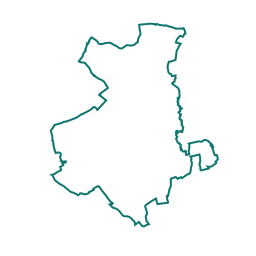 outline of Ciortesti, Iasi, Romania, rotated 170°
{"feature_id": "2599482B12442358854249", "entity_name": "Ciortesti", "entity_type": "district", "adm_level": 2, "iso_a3": "ROU", "parent_name": "Romania", "parent_adm1": "Iasi", "projection": "natural_earth1", "projection_center": [27.848, 46.913], "detail": "fine", "context": "isolated", "style": "outline", "palette": "teal", "viewbox_px": 256, "rotation_deg": 170, "n_neighbors": 0, "source": "geoboundaries", "source_scale": "gbopen_adm2", "svg_char_len": 5680}
<svg xmlns="http://www.w3.org/2000/svg" viewBox="0 0 256 256"><g transform="rotate(170 128 128)"><path d="M153.7,218.3L153.7,217.7L155.5,214.0L156.0,213.1L156.5,212.7L156.4,212.3L156.5,212.1L156.2,211.6L157.1,210.5L157.7,210.4L158.6,209.7L158.9,209.0L159.7,208.1L159.8,207.3L160.5,206.1L164.8,202.3L164.5,201.6L163.9,201.5L163.1,200.9L159.3,199.8L158.3,198.3L157.3,196.2L155.9,194.4L155.7,194.1L155.7,193.1L155.1,192.0L154.5,188.9L154.0,188.0L153.0,186.7L152.8,185.9L152.4,185.9L152.4,185.5L152.0,185.6L151.8,185.3L151.5,185.0L151.5,184.6L151.0,184.3L150.4,183.5L149.6,183.0L148.4,181.7L145.4,179.7L143.6,177.8L142.8,175.8L142.3,175.0L142.1,173.7L141.2,172.3L140.9,170.9L150.2,166.2L149.4,165.2L149.5,165.0L150.0,164.9L144.7,159.0L155.0,151.2L155.7,152.7L156.7,154.0L158.1,154.7L159.8,153.5L163.7,151.7L169.7,149.9L170.4,149.5L170.8,149.7L172.0,149.4L173.1,148.8L176.8,147.2L185.7,145.4L187.7,145.1L189.7,145.3L192.5,144.5L199.9,143.7L200.2,143.1L201.9,141.5L202.1,141.0L204.3,139.1L204.4,138.7L204.4,136.8L203.9,133.6L204.4,130.0L204.3,129.9L204.3,128.8L204.5,128.7L204.3,128.5L204.1,126.3L204.2,126.0L204.1,125.4L204.4,124.9L204.2,124.6L204.4,122.1L204.1,121.2L204.0,119.4L204.2,119.2L204.0,118.9L204.2,118.4L203.8,117.7L203.5,115.9L200.9,116.1L198.8,114.9L198.8,113.2L199.5,111.9L200.0,111.4L199.5,107.5L199.6,107.4L199.2,107.3L198.7,106.8L198.5,106.2L198.7,105.9L196.9,106.1L195.3,106.0L195.0,105.9L195.3,105.0L195.6,104.8L196.1,104.7L196.6,105.1L198.5,104.6L198.6,104.3L198.3,103.6L198.2,102.7L201.6,101.4L201.1,98.8L201.3,98.1L203.2,97.6L208.3,95.6L211.1,95.1L210.4,94.7L210.0,92.4L209.1,89.5L208.7,88.8L207.0,87.1L205.8,85.5L201.4,81.9L196.3,75.8L195.1,74.8L192.2,73.3L191.5,72.6L190.1,71.8L189.3,70.7L188.9,70.5L187.3,71.0L186.8,71.7L186.3,72.0L184.4,71.4L182.8,70.3L179.8,70.2L178.8,70.4L177.3,71.2L177.5,71.6L172.5,73.1L172.9,73.9L171.3,74.8L167.8,76.0L167.1,75.5L166.7,75.4L166.0,74.3L164.9,71.5L161.8,66.0L161.1,65.0L160.8,63.8L159.1,60.5L157.0,57.0L156.5,57.1L156.1,56.3L156.6,56.0L159.3,55.9L157.3,52.9L156.8,52.6L156.2,51.7L154.5,51.1L152.9,50.0L150.8,47.4L148.9,43.6L147.4,41.9L143.4,40.9L142.4,40.3L141.4,39.5L140.4,38.3L139.4,36.7L138.0,34.8L137.8,34.0L137.6,32.6L137.8,31.5L133.5,33.6L131.5,29.6L130.2,28.6L129.3,28.3L126.4,29.3L124.1,29.6L126.0,33.5L125.9,37.6L125.6,38.4L124.0,40.5L123.9,41.1L124.7,47.4L124.5,48.5L122.8,49.5L119.1,51.2L112.7,53.7L112.4,49.8L112.1,47.9L107.5,47.8L101.7,47.4L101.5,47.7L101.6,49.9L101.8,50.9L101.5,53.3L101.6,54.3L101.3,54.4L100.4,54.1L97.3,61.5L96.4,62.4L95.8,63.5L94.7,70.6L89.5,71.5L88.0,69.4L86.8,69.9L86.7,69.6L84.4,70.4L83.7,69.2L77.7,71.9L74.7,72.6L73.5,75.8L72.9,77.9L71.9,79.8L71.7,80.9L71.1,82.1L71.5,85.5L70.9,86.7L70.8,87.2L71.5,88.9L62.3,89.5L62.1,86.8L62.5,83.7L62.6,82.9L63.1,82.1L63.3,80.7L64.0,80.1L64.0,79.7L63.9,78.7L63.7,78.2L63.6,76.4L63.9,74.6L63.7,73.8L62.8,73.6L55.5,74.1L55.6,75.2L56.1,76.0L54.9,75.6L52.2,75.7L47.9,77.8L47.1,78.4L47.7,79.5L45.0,81.5L44.9,84.2L45.2,85.1L45.1,85.7L45.9,86.2L47.2,86.1L47.3,86.3L47.8,89.3L48.1,92.9L48.5,93.6L47.3,94.6L47.9,95.8L48.2,95.9L48.9,95.4L49.5,96.1L49.6,96.4L48.9,96.4L48.6,96.6L48.8,97.0L48.2,97.3L49.9,99.3L50.3,99.6L51.2,101.3L54.3,103.0L55.9,102.7L57.4,101.7L58.0,101.7L60.5,102.6L70.8,102.1L70.3,101.0L70.9,99.5L70.9,98.4L71.2,97.4L72.1,95.2L72.3,92.9L72.2,91.4L75.5,91.5L75.3,92.5L75.6,93.6L75.2,94.2L74.9,94.4L75.1,95.1L76.3,95.5L77.3,95.2L78.0,95.3L78.8,96.5L79.8,97.1L79.8,97.5L79.1,97.8L78.8,98.3L79.6,99.0L80.0,99.6L79.9,100.0L79.2,100.7L78.8,101.8L79.5,102.5L79.4,103.2L79.6,103.5L80.3,104.2L80.9,104.1L81.3,104.8L81.8,105.7L81.9,107.1L82.4,108.1L82.5,108.7L82.4,109.3L81.5,109.9L81.0,111.0L82.0,112.4L81.0,113.8L81.6,114.5L81.7,115.0L80.8,116.7L80.3,116.8L79.6,116.0L79.6,115.8L79.9,115.3L79.7,114.8L79.3,114.8L77.7,115.8L77.0,116.0L76.5,115.7L76.1,114.8L75.3,114.6L75.1,115.4L74.2,116.9L74.3,117.3L73.7,118.8L73.4,119.2L73.9,119.8L74.2,121.2L74.7,121.8L73.9,122.6L74.5,124.3L74.4,124.7L73.6,125.1L73.5,125.5L74.0,126.8L74.5,127.1L74.9,127.0L75.5,127.6L75.7,128.7L75.3,128.9L74.7,130.1L74.8,130.9L73.8,131.4L73.5,131.7L73.7,132.4L74.3,132.9L75.1,134.2L75.5,134.3L75.5,134.6L74.5,135.4L73.7,135.5L73.8,136.6L73.4,137.2L72.1,137.4L71.8,137.5L71.6,137.8L72.9,138.7L73.5,138.9L73.7,139.2L73.5,140.2L73.0,140.4L73.6,141.0L74.5,141.5L74.8,142.4L74.7,143.1L74.1,143.5L73.9,144.0L74.2,144.7L74.7,145.1L74.7,145.5L74.3,145.7L74.1,146.8L73.3,147.1L74.0,148.3L73.9,148.9L73.4,149.3L72.4,148.9L71.8,149.6L71.1,155.0L71.1,156.5L71.3,156.7L71.6,158.3L72.1,159.1L76.8,163.9L76.6,164.6L76.3,164.9L75.7,164.9L75.1,165.3L74.3,165.4L74.1,165.9L73.8,166.3L73.7,167.3L73.4,168.1L72.5,168.5L72.3,168.8L72.6,169.4L72.1,171.5L75.8,171.4L76.1,173.5L77.3,174.0L78.2,175.3L78.5,176.0L78.4,181.5L78.2,181.8L77.4,184.1L76.2,186.2L75.2,185.9L69.4,186.8L66.5,196.0L65.2,197.3L63.4,199.9L62.2,201.0L62.1,201.5L61.6,201.9L66.0,203.8L64.8,206.2L63.8,207.3L60.8,209.8L58.1,208.3L56.7,209.9L56.3,210.8L55.0,211.0L55.2,212.0L55.2,214.2L55.9,216.5L56.6,216.1L57.0,216.6L63.2,217.4L68.4,220.3L69.2,220.4L72.1,222.2L74.0,222.7L74.7,222.5L76.4,223.2L79.3,224.1L80.1,224.5L81.1,225.4L83.0,224.8L83.2,225.6L88.0,226.9L99.1,227.7L99.4,223.6L99.3,218.9L99.6,217.9L101.4,215.7L102.2,214.5L103.4,211.6L103.4,210.9L104.9,210.4L106.4,209.3L107.8,208.7L109.3,208.6L111.1,208.8L114.9,209.8L119.9,207.5L120.6,207.4L122.0,207.8L123.0,208.4L124.7,210.3L128.5,213.1L129.4,214.1L130.3,214.7L130.5,214.6L130.8,215.0L131.9,215.3L133.3,215.4L136.6,215.5L138.5,215.2L140.1,215.2L140.4,215.5L141.8,215.8L142.3,216.3L143.1,218.4L144.4,220.1L148.1,223.6L148.5,223.5L149.5,222.3L150.8,221.1L151.7,219.9L151.5,219.3L152.0,219.1L152.9,217.8L153.7,218.3Z" fill="none" stroke="#0f766e" stroke-width="2"/></g></svg>